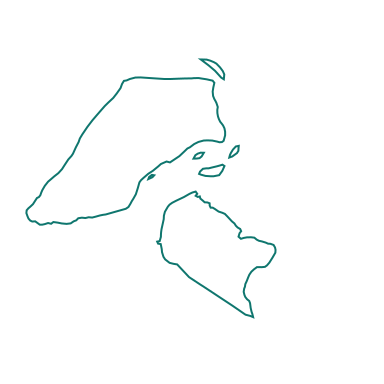 the district of Cajapió, Maranhão, Brazil, rotated 216°
{"feature_id": "56859067B62856742471804", "entity_name": "Cajapió", "entity_type": "district", "adm_level": 2, "iso_a3": "BRA", "parent_name": "Brazil", "parent_adm1": "Maranhão", "projection": "albers", "projection_center": [-44.622, -2.889], "detail": "fine", "context": "isolated", "style": "outline", "palette": "teal", "viewbox_px": 384, "rotation_deg": 216, "n_neighbors": 0, "source": "geoboundaries", "source_scale": "gbopen_adm2", "svg_char_len": 3533}
<svg xmlns="http://www.w3.org/2000/svg" viewBox="0 0 384 384"><g transform="rotate(216 192 192)"><path d="M311.0,75.8L308.7,74.4L306.1,73.8L303.9,74.2L301.6,76.1L298.1,76.1L295.9,76.1L294.1,77.4L292.3,79.4L290.2,82.3L287.3,83.5L286.5,86.2L282.6,88.3L278.9,90.0L274.7,92.5L271.7,95.3L270.5,98.7L269.0,101.0L268.6,103.9L266.0,106.5L262.9,108.3L260.8,110.8L257.7,112.7L255.3,115.6L252.7,118.9L250.6,121.2L248.6,123.1L235.7,139.5L234.6,142.5L234.9,146.3L235.3,149.0L235.5,152.1L236.1,157.2L238.1,163.2L240.2,168.9L240.2,171.6L239.6,174.6L238.1,181.0L236.1,186.2L235.3,189.3L234.4,192.7L233.6,196.4L230.5,201.7L227.2,203.0L223.3,213.6L222.1,219.9L221.3,224.5L220.0,226.9L218.4,232.1L216.2,236.3L212.8,240.5L209.9,242.8L205.9,245.5L201.2,247.6L199.0,248.4L197.1,250.0L196.5,252.0L198.5,257.3L200.6,260.2L203.2,262.6L206.0,264.1L208.2,264.8L210.5,265.4L213.1,266.8L215.4,268.4L217.8,270.7L219.8,273.3L221.1,275.9L224.6,278.4L226.5,279.4L228.7,280.4L231.4,282.1L234.3,285.4L236.2,289.1L238.1,293.5L240.8,294.2L244.0,292.8L246.1,291.9L248.1,290.9L250.6,289.6L253.4,288.2L257.2,285.4L259.3,283.5L263.8,280.2L269.7,275.6L276.3,270.4L281.2,266.9L292.3,259.9L300.9,254.5L305.1,251.3L308.7,246.9L310.5,243.8L312.4,241.9L312.1,238.3L310.9,234.1L310.8,227.6L311.0,221.8L312.3,215.1L313.1,210.3L313.6,204.8L314.2,197.8L314.7,191.5L314.9,183.3L314.6,174.1L314.2,169.4L313.1,165.8L312.2,159.8L310.8,153.0L310.7,150.3L311.2,145.6L310.9,139.1L310.6,134.1L311.2,128.7L312.6,123.8L313.7,119.1L314.5,115.8L314.7,110.5L314.2,105.6L313.6,102.9L312.8,100.2L312.9,97.9L313.9,96.0L313.7,92.1L313.5,88.7L314.2,85.1L314.8,82.6L315.0,80.0L313.6,77.6L311.0,75.8ZM69.0,126.7L71.5,128.8L73.4,130.1L76.3,132.6L79.7,136.2L81.7,137.5L84.4,137.6L87.2,138.4L89.0,139.5L91.5,141.6L93.0,144.5L93.5,146.5L94.7,148.8L95.4,152.3L96.3,155.7L97.0,158.8L97.1,162.4L96.4,165.9L95.3,169.4L91.5,172.1L89.0,174.3L88.2,176.7L87.9,180.3L88.3,186.3L88.9,191.9L90.4,194.3L92.2,195.9L94.9,197.1L98.1,196.2L100.1,194.9L102.6,194.4L106.4,193.1L109.1,191.9L111.6,191.5L114.7,191.7L117.6,190.1L120.9,187.6L123.1,185.3L124.9,182.9L128.1,183.2L129.3,186.6L129.2,189.2L131.3,190.4L134.2,190.1L136.7,190.5L139.2,191.5L142.4,191.7L149.0,193.0L152.5,193.6L155.3,193.0L159.0,191.8L163.6,191.7L166.0,191.5L167.7,190.3L169.7,191.4L171.1,193.2L173.4,192.6L175.7,191.1L178.3,191.4L181.4,191.6L183.1,193.0L184.4,191.4L186.8,191.1L186.7,193.6L189.3,194.5L191.4,191.8L192.9,189.1L195.6,183.1L199.7,175.6L201.7,171.6L202.7,168.6L202.9,166.0L202.3,160.1L200.8,156.3L198.9,153.4L197.5,150.2L196.1,147.0L194.8,144.0L193.4,141.4L192.3,139.6L190.8,137.4L189.3,133.3L191.0,131.4L189.1,130.3L186.7,131.5L182.9,128.0L180.9,125.7L177.0,122.8L174.1,121.7L168.5,121.5L164.8,123.0L161.4,124.7L144.3,121.4L131.0,122.0L127.9,122.2L92.6,123.8L76.6,124.2L72.0,126.0L69.0,126.7ZM183.4,232.0L184.9,230.0L186.8,227.6L190.3,223.5L192.4,221.0L194.4,219.5L196.8,217.2L197.5,213.2L196.9,210.8L194.9,211.3L190.6,212.9L186.3,215.6L183.8,217.4L179.9,221.6L179.9,226.9L181.0,232.1L183.4,232.0ZM258.0,307.7L262.8,304.4L252.9,304.2L244.7,303.6L235.6,301.7L232.5,301.9L235.0,306.1L238.1,307.9L240.3,308.6L242.6,309.3L247.7,310.2L250.6,309.9L254.4,309.0L258.0,307.7ZM183.3,254.6L183.8,250.4L183.5,246.6L183.1,244.4L182.1,241.8L180.3,244.4L178.5,249.9L178.7,252.6L179.8,254.3L181.3,256.8L183.3,254.6ZM208.1,228.9L209.9,226.4L210.9,223.7L210.4,219.9L207.9,221.8L205.8,223.8L205.1,226.4L205.5,230.7L208.1,228.9ZM234.5,182.3L235.5,179.0L234.9,176.8L232.7,180.7L232.4,183.3L234.5,182.3Z" fill="none" stroke="#0f766e" stroke-width="2"/></g></svg>